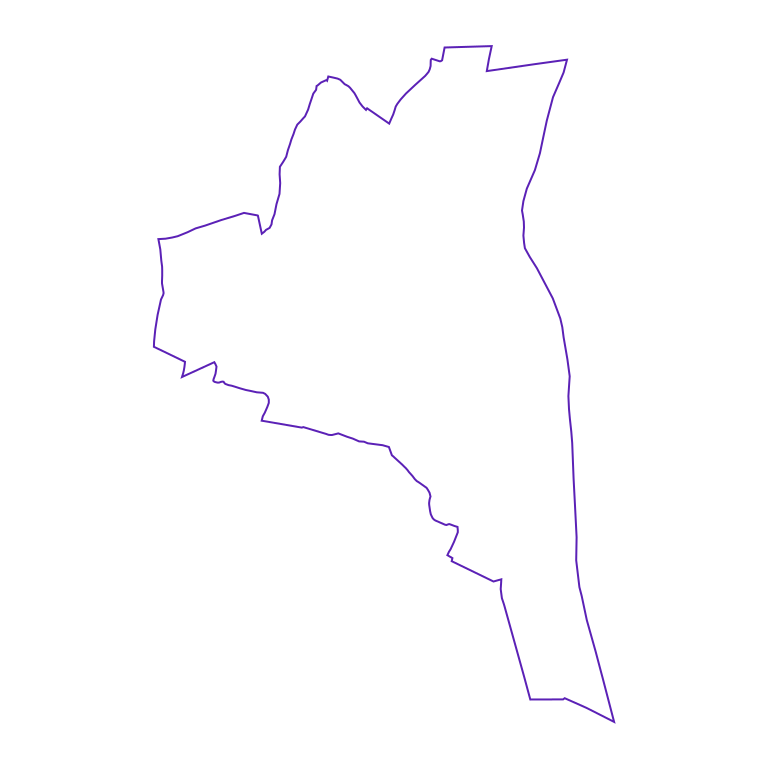 outline of Santa Apolonia Teacalco, Tlaxcala, Mexico
{"feature_id": "50627088B24187550597040", "entity_name": "Santa Apolonia Teacalco", "entity_type": "district", "adm_level": 2, "iso_a3": "MEX", "parent_name": "Mexico", "parent_adm1": "Tlaxcala", "projection": "robinson", "projection_center": [-98.317, 19.242], "detail": "fine", "context": "isolated", "style": "outline", "palette": "violet", "viewbox_px": 768, "rotation_deg": 0, "n_neighbors": 0, "source": "geoboundaries", "source_scale": "gbopen_adm2", "svg_char_len": 3157}
<svg xmlns="http://www.w3.org/2000/svg" viewBox="0 0 768 768"><path d="M614.1,721.9L602.5,677.4L601.5,673.7L595.6,651.4L586.8,620.1L581.7,596.0L579.4,587.1L576.2,560.3L576.6,537.2L575.0,505.6L573.6,478.9L572.2,443.0L572.0,440.5L571.3,431.8L569.9,418.9L569.0,409.1L568.4,396.1L569.2,383.6L569.7,376.3L567.4,359.3L563.6,337.2L562.3,327.2L560.3,318.5L552.8,298.4L536.9,268.2L529.8,257.0L524.9,248.2L524.1,243.0L523.4,235.6L524.0,227.6L523.8,221.5L522.7,214.3L522.0,210.5L523.4,201.1L526.8,188.7L534.9,170.1L539.9,153.3L543.7,135.2L546.8,120.6L553.0,97.2L559.2,82.9L563.6,72.5L567.0,59.7L534.5,64.2L486.8,71.1L488.9,59.2L491.7,46.1L444.6,47.5L442.1,60.3L440.7,61.2L439.7,61.3L431.7,58.7L430.8,59.9L430.7,61.7L430.6,66.0L429.7,69.4L428.5,72.0L425.2,75.9L415.3,84.8L406.0,93.5L400.7,99.4L397.3,103.9L395.7,106.6L394.6,110.3L393.2,114.5L391.2,118.9L389.2,123.6L367.1,108.3L366.0,109.9L362.5,106.4L359.5,102.5L357.6,98.9L355.6,95.2L354.4,93.1L350.0,87.7L348.4,86.2L346.1,84.9L344.7,84.2L340.3,79.8L337.6,78.6L333.4,77.6L328.3,76.5L327.1,80.7L326.6,80.2L326.3,80.1L321.0,82.5L317.5,85.5L316.6,86.0L316.1,89.8L313.3,93.6L311.7,98.4L309.8,104.0L308.1,109.6L305.0,116.4L303.3,118.2L300.3,121.6L297.3,124.6L295.0,129.5L293.5,134.1L291.4,139.4L290.0,144.1L287.9,150.2L286.2,156.8L283.2,161.8L279.9,166.8L279.6,174.3L280.2,183.1L279.5,193.9L276.5,204.1L274.5,214.2L272.1,220.3L271.5,224.4L269.6,227.9L266.0,229.9L264.3,231.8L261.8,233.7L257.9,215.6L257.4,215.4L244.0,212.9L235.3,215.8L221.4,220.0L205.1,225.6L195.6,228.4L187.6,232.2L177.7,236.2L172.3,237.5L165.5,238.7L158.4,239.1L160.3,249.4L161.3,260.6L162.1,266.6L162.2,270.0L162.2,275.7L162.1,278.6L162.0,281.1L162.0,283.4L163.4,291.5L163.6,293.1L163.1,295.1L161.0,299.5L157.6,314.9L155.3,329.4L154.1,341.3L153.9,346.8L185.0,361.8L184.8,363.9L184.4,367.1L183.8,370.6L183.1,373.5L182.0,377.0L214.3,362.2L215.4,364.1L216.5,366.6L216.0,370.5L215.5,373.8L214.4,377.0L213.6,379.1L213.3,380.6L213.6,381.2L214.7,381.9L216.2,382.3L217.5,382.6L219.0,382.6L221.2,381.8L222.7,381.6L223.6,381.8L224.4,383.0L225.3,383.9L228.5,385.1L231.6,385.7L234.6,386.6L239.6,388.2L245.9,390.0L250.4,390.9L256.8,392.3L263.0,392.8L265.2,393.9L267.8,396.7L268.8,399.6L268.8,402.9L267.3,407.0L264.8,412.7L262.8,416.3L261.7,420.7L301.8,427.6L303.3,427.1L326.0,433.9L328.5,434.8L330.8,435.0L332.0,435.0L338.3,433.4L347.2,436.8L352.8,438.6L359.1,441.4L364.0,441.7L367.8,443.3L382.6,445.2L388.9,447.0L391.9,455.3L393.5,456.6L394.3,457.4L402.5,464.9L403.2,465.6L404.9,467.3L405.5,467.8L407.6,470.2L408.9,472.0L412.4,475.9L414.8,479.1L416.8,481.1L418.3,482.0L419.5,482.8L426.5,487.8L426.7,488.0L428.0,490.0L429.0,491.8L429.5,492.6L430.5,496.5L430.1,497.7L429.5,500.0L429.1,503.1L429.2,504.9L430.1,511.1L430.8,514.3L432.5,517.9L433.5,519.1L434.3,519.8L435.4,520.5L445.0,524.7L446.4,525.0L448.6,524.2L449.4,524.1L451.1,524.7L454.5,526.0L457.5,526.9L457.8,530.2L457.8,532.3L454.0,541.9L450.6,549.2L448.9,551.9L447.4,555.2L452.4,558.1L451.7,561.2L493.5,581.5L501.3,579.3L501.1,583.1L500.7,589.1L501.9,598.2L503.8,603.9L504.4,605.9L524.1,676.6L530.3,699.5L563.1,699.4L564.7,698.2L586.3,707.8L614.1,721.9Z" fill="none" stroke="#5b21b6" stroke-width="2"/></svg>